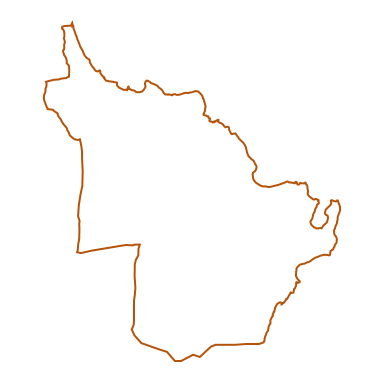 outline of Whitesands, Tafea, Vanuatu
{"feature_id": "77236927B67758893467366", "entity_name": "Whitesands", "entity_type": "district", "adm_level": 2, "iso_a3": "VUT", "parent_name": "Vanuatu", "parent_adm1": "Tafea", "projection": "equal_earth", "projection_center": [169.437, -19.517], "detail": "fine", "context": "isolated", "style": "outline", "palette": "amber", "viewbox_px": 384, "rotation_deg": 0, "n_neighbors": 0, "source": "geoboundaries", "source_scale": "gbopen_adm2", "svg_char_len": 5836}
<svg xmlns="http://www.w3.org/2000/svg" viewBox="0 0 384 384"><path d="M74.1,139.1L77.8,140.0L79.9,139.3L81.3,145.8L82.0,151.2L82.1,159.8L82.7,171.1L82.3,186.3L80.6,193.9L78.8,205.4L78.1,216.3L79.6,221.0L79.2,224.0L79.4,227.4L79.4,231.8L79.2,238.8L78.2,244.5L77.8,249.8L77.1,252.2L80.7,253.1L91.9,250.6L122.0,245.6L126.3,245.0L132.8,245.4L134.7,244.6L139.8,244.6L138.5,248.6L138.3,255.5L135.9,259.7L134.8,264.4L134.6,276.1L135.4,287.9L134.7,296.0L134.0,300.5L134.0,320.7L133.7,324.8L131.7,329.5L134.4,335.3L141.3,343.1L160.4,349.8L166.9,351.8L174.9,361.0L181.0,361.0L193.2,354.7L199.8,357.0L210.9,346.7L215.5,344.8L235.2,344.8L246.2,344.0L259.0,344.0L263.6,342.4L264.6,340.2L264.5,339.2L265.2,336.3L266.0,334.8L266.6,332.6L268.1,330.6L268.6,326.9L269.6,324.5L270.4,323.7L270.5,322.6L270.3,320.9L270.5,320.0L272.1,316.8L272.9,316.1L272.8,315.2L272.6,315.0L272.7,314.6L273.2,313.6L273.7,311.9L274.2,311.9L274.4,311.4L274.5,310.4L275.1,308.6L275.1,307.6L277.3,303.8L279.9,302.3L281.6,302.8L281.5,304.4L281.9,304.3L283.3,302.9L284.1,302.6L284.6,301.5L285.7,300.6L285.9,299.2L287.2,298.8L287.5,298.0L288.1,297.3L288.3,296.5L289.8,294.4L290.4,292.9L290.9,292.5L291.1,292.8L292.0,292.9L293.4,292.7L294.1,289.1L294.5,288.6L294.9,288.4L295.5,286.9L296.1,285.8L296.2,282.5L296.7,282.1L297.5,282.9L298.2,282.9L299.8,281.9L299.8,281.4L299.5,280.8L299.0,280.6L297.9,279.5L296.5,277.2L295.9,275.7L296.2,271.5L296.5,270.5L296.4,268.8L297.2,267.4L299.7,264.8L302.7,263.9L304.7,263.6L307.2,262.3L309.0,261.9L310.6,261.0L312.2,259.6L315.0,257.8L318.8,256.5L320.0,255.8L324.6,254.7L327.7,255.0L329.3,255.4L329.7,255.2L330.0,254.9L330.1,254.2L330.5,251.0L333.2,249.3L333.5,248.6L333.7,247.5L334.5,246.7L334.9,244.8L336.3,243.1L336.7,242.0L336.7,240.5L336.9,239.4L336.7,238.3L336.0,236.5L335.3,235.8L334.5,234.5L334.1,233.2L334.1,230.3L334.9,228.4L335.5,226.4L336.8,223.6L337.4,220.1L337.7,219.4L337.6,217.6L337.9,216.4L340.1,210.4L340.1,208.8L339.8,206.1L337.8,200.6L337.1,200.4L336.4,201.3L335.9,201.4L333.9,201.1L332.0,200.2L331.2,200.3L330.8,200.7L331.3,202.8L331.0,203.8L330.3,205.2L326.4,208.9L325.7,209.9L325.4,210.8L325.0,212.7L325.2,214.1L326.0,214.8L327.3,215.4L327.8,216.1L328.0,218.2L327.0,222.2L326.2,223.1L323.7,225.2L321.6,228.3L320.6,227.9L318.3,228.4L316.3,228.4L315.5,227.8L314.1,227.4L312.5,225.8L311.6,225.1L311.1,224.2L310.5,222.5L310.5,221.5L311.0,220.4L311.8,219.4L312.4,218.3L312.9,215.6L313.6,213.5L314.8,211.4L315.2,209.1L316.6,206.7L316.9,205.0L317.6,204.2L318.4,203.8L318.9,203.0L318.7,202.2L318.2,201.1L318.5,200.7L318.6,200.2L316.1,199.0L315.3,198.9L315.0,199.2L314.1,199.6L312.9,199.3L311.3,197.8L309.5,196.6L308.0,194.7L307.8,193.7L307.7,192.7L308.0,191.8L308.0,191.0L307.5,188.7L307.4,186.2L306.9,185.1L305.7,183.8L305.6,182.7L305.2,182.6L304.4,183.3L302.1,183.4L300.3,182.9L299.3,184.2L298.6,184.6L297.9,184.6L297.2,184.0L296.7,182.4L296.3,182.2L296.0,181.8L295.4,182.0L295.1,182.5L294.9,183.2L294.3,183.3L291.8,182.6L289.1,182.4L287.8,181.5L287.2,181.5L284.5,182.7L278.4,184.9L269.6,187.0L268.3,187.0L265.7,186.4L262.8,186.4L260.7,185.7L256.3,183.0L255.2,181.9L253.6,179.8L253.2,178.4L252.6,174.2L253.0,172.9L253.7,172.1L255.1,171.1L255.8,170.0L256.3,168.5L256.5,167.3L256.5,166.7L256.3,165.8L254.7,163.2L254.1,161.5L253.4,160.6L251.3,159.1L250.1,157.6L249.2,156.9L248.5,156.1L248.1,155.3L246.9,152.0L245.9,147.3L245.2,145.6L243.4,142.9L239.1,138.8L237.9,136.8L236.8,135.6L236.1,134.2L235.4,133.4L234.9,133.6L233.0,133.8L232.3,134.1L231.7,134.1L231.1,133.5L229.3,130.3L228.8,127.4L228.2,126.8L227.8,126.7L225.5,127.3L223.7,125.6L223.1,124.5L220.5,122.9L219.3,122.6L218.0,121.5L218.0,120.9L218.4,120.6L218.4,119.9L217.7,119.9L216.2,120.8L215.1,121.2L214.7,122.1L214.3,122.2L213.8,121.6L213.5,121.6L212.8,122.4L211.5,121.6L210.0,121.5L209.4,120.8L209.4,120.2L209.9,119.6L210.0,118.7L209.9,118.4L209.2,118.3L208.5,117.7L208.2,116.3L207.2,116.3L206.3,115.6L203.7,115.0L203.6,114.7L203.6,113.8L204.9,111.2L205.1,108.5L205.6,106.9L205.5,105.9L203.4,98.6L202.9,98.3L202.7,96.9L201.8,95.1L198.3,91.5L196.5,91.2L194.7,91.3L192.0,92.2L189.6,92.6L188.1,93.1L185.5,92.8L184.1,93.1L179.8,94.6L178.1,94.9L176.3,94.8L175.3,94.3L173.9,94.2L172.6,94.7L172.1,95.2L171.5,95.2L170.8,94.8L168.7,94.4L167.9,94.7L167.2,94.4L165.4,94.5L165.1,94.4L163.9,93.1L162.8,91.4L162.3,90.4L160.8,88.8L159.1,87.8L157.1,85.6L153.3,83.8L151.3,83.2L150.4,82.6L149.6,81.7L148.8,81.4L147.8,80.7L146.5,80.7L145.6,81.7L145.0,83.3L145.0,84.2L145.5,86.0L145.5,86.9L143.7,89.9L142.1,91.5L139.2,92.3L136.6,92.2L135.5,91.6L134.4,90.6L131.6,90.1L130.5,89.3L129.4,89.2L128.9,88.8L128.9,88.1L128.7,87.0L128.5,86.7L128.1,86.9L127.0,90.2L125.7,89.7L124.7,89.9L123.3,89.8L122.0,89.0L119.7,88.0L118.5,87.1L117.1,85.5L116.9,84.7L117.1,83.5L116.9,82.6L111.9,81.6L109.1,81.3L106.0,80.6L104.2,78.3L104.5,78.2L104.4,77.5L104.1,77.1L102.9,76.4L101.0,74.2L100.5,73.4L100.3,71.4L99.9,71.0L99.9,70.5L99.4,70.5L98.3,71.3L97.3,71.4L95.8,70.9L94.8,69.8L94.1,68.6L92.2,66.4L90.5,63.5L89.8,62.5L89.8,60.9L89.5,59.9L88.9,59.3L86.6,57.9L84.6,55.4L83.7,53.5L82.8,50.9L80.9,47.8L80.1,46.3L79.3,43.8L77.5,39.7L76.5,36.2L75.6,34.5L74.7,31.3L73.6,28.9L73.4,27.9L73.3,25.9L73.1,25.6L72.7,25.7L72.3,26.0L72.4,23.7L72.2,23.0L71.4,24.9L70.5,25.7L64.7,26.0L62.2,26.7L62.2,28.9L63.1,29.3L63.9,31.0L64.3,32.8L64.4,36.2L63.9,38.4L64.8,41.3L64.8,42.6L64.1,45.0L64.3,48.1L63.9,49.6L63.1,50.5L63.1,51.8L64.3,55.3L65.5,57.0L66.4,58.8L66.7,61.2L66.7,63.2L68.8,65.4L69.3,70.2L69.1,75.4L68.9,76.7L67.0,77.4L66.4,78.0L61.0,78.7L59.1,79.4L53.6,79.8L46.0,81.8L46.5,83.5L46.5,85.5L46.3,86.8L45.6,88.5L45.3,92.5L44.2,94.5L43.9,96.9L43.9,99.1L44.4,101.0L46.8,107.2L47.5,108.2L47.7,109.1L53.1,109.8L53.9,110.9L57.5,113.3L57.9,115.0L58.6,116.6L60.8,119.4L61.4,120.9L62.6,122.9L63.3,123.6L63.3,124.0L66.5,127.7L67.1,129.0L67.2,130.1L68.8,132.5L69.8,135.4L74.1,139.1Z" fill="none" stroke="#b45309" stroke-width="2"/></svg>